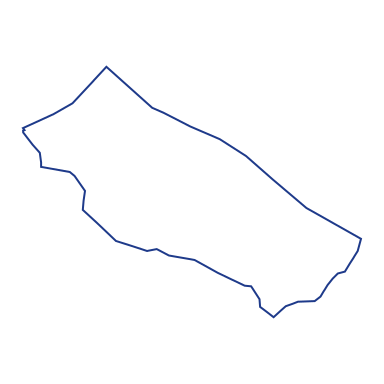 Kerki, Chardzhou, Turkmenistan (Mercator projection)
{"feature_id": "10190150B1660542161476", "entity_name": "Kerki", "entity_type": "district", "adm_level": 2, "iso_a3": "TKM", "parent_name": "Turkmenistan", "parent_adm1": "Chardzhou", "projection": "mercator", "projection_center": [64.9, 38.442], "detail": "fine", "context": "isolated", "style": "outline", "palette": "blue", "viewbox_px": 384, "rotation_deg": 0, "n_neighbors": 0, "source": "geoboundaries", "source_scale": "gbopen_adm2", "svg_char_len": 1038}
<svg xmlns="http://www.w3.org/2000/svg" viewBox="0 0 384 384"><path d="M93.6,80.7L72.5,103.3L52.9,114.5L52.5,114.6L23.0,128.1L24.5,130.1L23.1,130.6L23.2,132.5L32.6,144.7L39.8,152.8L41.1,162.4L41.1,166.9L69.8,172.0L74.6,176.0L85.0,190.9L83.6,200.6L82.8,209.9L97.5,223.4L97.7,223.6L116.0,241.0L130.3,245.5L141.7,249.2L147.1,251.0L148.4,250.7L156.7,249.1L158.3,249.9L168.9,255.5L174.6,256.5L190.9,259.3L194.6,260.0L213.4,270.4L217.7,272.8L232.5,279.9L233.0,280.1L244.7,285.7L251.1,286.3L251.8,287.3L259.5,299.2L260.1,306.9L263.2,309.2L267.3,312.3L273.6,317.2L274.9,316.0L280.7,310.7L284.3,307.5L285.8,306.2L292.9,303.7L294.4,303.1L298.0,301.7L298.3,301.7L314.7,301.1L320.5,296.6L322.4,293.4L323.7,291.2L324.4,290.2L327.6,285.0L330.8,281.0L332.7,278.6L335.7,275.6L337.8,273.5L338.5,273.3L344.9,271.6L349.9,263.4L353.2,258.3L354.5,256.1L357.7,251.0L361.0,238.8L359.7,238.1L306.4,208.0L273.0,179.7L246.0,156.0L219.8,139.2L190.1,126.4L163.8,112.9L152.2,107.8L106.4,66.8L93.6,80.6L93.6,80.7Z" fill="none" stroke="#1e3a8a" stroke-width="2"/></svg>